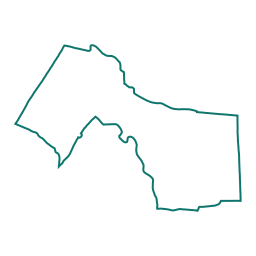 the district of Kebemer, Louga, Senegal
{"feature_id": "50182788B60047071387499", "entity_name": "Kebemer", "entity_type": "district", "adm_level": 2, "iso_a3": "SEN", "parent_name": "Senegal", "parent_adm1": "Louga", "projection": "albers", "projection_center": [-16.284, 15.311], "detail": "fine", "context": "isolated", "style": "outline", "palette": "teal", "viewbox_px": 256, "rotation_deg": 0, "n_neighbors": 0, "source": "geoboundaries", "source_scale": "gbopen_adm2", "svg_char_len": 5059}
<svg xmlns="http://www.w3.org/2000/svg" viewBox="0 0 256 256"><path d="M175.7,209.9L175.8,209.9L177.8,209.4L180.0,209.0L181.4,209.2L188.1,209.7L191.4,210.0L194.0,210.2L195.9,210.4L197.1,210.4L197.3,210.8L197.5,210.7L197.8,210.1L198.0,209.7L198.2,209.3L198.4,208.9L198.5,208.5L198.7,208.1L198.8,207.7L198.9,207.4L199.0,207.2L199.4,206.9L199.6,206.8L200.0,206.8L201.0,206.9L201.8,206.9L202.5,206.9L203.1,206.9L203.8,206.7L205.1,206.7L206.3,206.5L207.3,206.4L208.5,206.3L209.5,206.2L210.9,206.0L211.8,205.9L213.0,205.8L213.8,205.8L214.2,205.7L214.8,205.6L215.5,205.4L216.2,205.2L216.9,205.0L217.5,204.6L218.2,204.4L218.6,204.2L219.0,203.9L219.4,203.5L219.8,203.0L220.1,202.5L220.5,201.9L221.0,201.1L221.0,200.9L224.3,200.9L227.7,200.9L231.1,200.9L234.5,200.8L237.9,200.8L240.6,200.9L240.6,198.6L240.5,196.3L240.5,194.0L240.3,190.6L240.2,187.0L240.1,182.7L239.9,178.4L239.8,174.1L239.6,172.5L239.6,170.2L239.4,166.1L239.3,163.4L239.2,160.3L239.2,160.0L239.1,156.1L239.0,154.0L238.6,150.2L238.4,146.4L238.2,144.1L238.2,143.6L238.1,143.2L237.9,139.9L237.8,137.3L237.7,134.7L237.6,133.8L237.6,132.0L237.5,131.4L237.6,129.3L237.6,124.8L237.5,124.3L237.5,121.4L237.5,118.5L237.5,115.6L234.1,115.3L230.7,115.0L227.3,114.7L223.9,114.4L220.6,114.2L217.2,113.9L213.8,113.6L210.4,113.3L207.1,113.0L203.6,112.7L203.3,112.6L202.9,112.6L196.9,112.1L196.9,111.3L195.0,110.7L192.9,110.1L189.0,109.3L187.9,109.3L185.7,109.2L182.3,109.2L181.1,109.2L180.0,109.3L179.4,109.3L178.3,109.3L175.9,109.1L174.1,108.9L172.2,108.4L170.8,108.0L168.0,106.6L165.0,105.1L162.9,103.9L161.2,103.3L159.0,103.1L157.7,103.3L155.3,103.0L153.4,102.7L151.1,102.2L149.7,101.7L146.4,100.3L141.8,97.9L140.2,97.0L138.8,96.2L136.8,95.0L135.3,94.1L134.1,93.0L134.0,91.9L134.0,90.3L134.0,89.0L133.2,88.0L132.3,87.4L131.8,87.4L130.5,87.3L129.2,87.3L128.4,86.6L126.8,85.5L125.8,84.4L125.7,84.3L125.6,84.2L124.7,84.0L124.3,83.7L124.4,81.1L124.1,80.1L124.1,76.6L124.0,73.0L123.7,71.9L123.0,71.7L121.2,70.4L120.8,70.1L120.4,69.1L120.5,65.7L120.1,63.6L120.1,63.3L120.0,63.2L119.5,62.0L119.1,61.8L117.9,60.5L116.5,58.9L114.8,57.3L113.0,56.5L111.8,56.0L110.6,56.0L108.6,55.9L107.7,55.9L107.3,55.8L106.5,55.6L106.3,55.5L104.7,54.7L103.6,53.9L102.5,53.5L101.4,52.1L100.6,51.3L98.3,48.9L96.3,46.9L94.5,45.8L93.0,45.3L92.0,45.2L91.1,45.4L90.7,45.9L90.5,46.7L90.6,48.0L90.6,49.0L90.4,50.1L89.6,50.7L89.0,50.9L88.0,50.9L86.6,50.5L84.3,50.0L81.9,49.5L79.6,48.9L75.3,48.1L70.2,46.6L64.4,45.5L64.2,45.8L63.4,47.0L62.6,48.5L61.7,50.4L60.6,52.1L59.4,53.9L58.6,55.5L58.1,56.3L57.3,57.4L56.0,59.5L54.7,61.3L53.5,63.5L52.8,64.4L52.1,65.7L51.4,66.8L50.4,68.2L49.5,69.7L48.9,70.7L47.8,72.3L46.7,73.8L45.7,75.6L44.4,77.6L42.1,81.2L40.7,83.2L39.2,85.3L38.2,86.8L36.9,88.6L34.9,91.5L33.9,92.9L33.9,93.0L33.7,93.2L32.9,94.7L31.9,96.2L31.0,97.5L30.0,98.9L28.9,100.5L28.0,102.0L27.1,103.8L26.4,105.3L25.1,107.6L24.1,109.4L22.5,112.3L21.3,114.2L20.4,115.8L19.0,118.2L18.0,120.0L16.7,122.0L15.4,123.9L19.0,125.4L22.7,127.0L26.4,128.5L30.0,130.0L30.8,130.8L33.4,131.9L36.4,132.7L37.6,134.0L38.3,135.4L39.3,136.5L40.4,137.3L42.0,138.1L43.0,138.8L46.9,143.0L47.4,143.4L48.7,144.3L50.8,146.0L53.3,147.6L54.5,148.1L55.4,151.3L55.6,152.0L56.4,152.6L57.9,153.4L58.2,153.8L59.0,155.2L59.5,157.5L59.5,159.6L59.3,161.3L58.9,166.5L60.1,165.2L62.2,163.4L62.9,162.2L63.6,160.8L64.8,159.7L66.2,158.3L67.5,157.1L69.0,155.3L70.0,153.7L70.9,151.7L72.1,149.1L73.7,145.5L75.2,142.8L76.5,140.3L77.7,138.3L78.2,137.3L79.4,137.7L80.7,137.1L81.4,136.2L81.5,136.0L81.6,135.7L81.8,135.2L81.7,134.0L80.9,133.5L81.6,132.3L82.2,131.5L83.0,130.2L83.7,129.3L84.2,128.4L85.2,127.5L86.0,126.7L86.8,125.4L88.1,124.2L89.2,123.0L92.2,119.6L93.1,118.9L94.0,118.2L94.3,117.9L95.0,117.1L95.2,116.9L95.4,116.7L96.3,117.3L96.7,117.6L97.3,118.2L98.7,119.4L99.7,120.6L100.5,121.6L102.0,123.3L103.4,124.6L105.9,124.4L107.8,124.4L112.5,124.2L116.1,124.2L118.0,125.4L118.9,126.5L119.9,127.7L121.1,129.6L121.5,130.8L121.9,132.0L121.3,133.6L120.4,134.9L119.4,135.6L119.3,137.3L120.1,138.3L120.8,139.0L122.0,140.2L122.9,141.1L123.9,141.8L124.5,142.2L125.8,142.3L126.6,142.2L127.1,141.7L127.4,140.9L127.6,138.6L128.2,137.3L129.2,136.8L130.5,136.7L131.1,136.8L131.7,137.0L133.7,138.4L134.6,139.7L135.4,140.9L136.1,142.7L136.5,143.9L136.8,145.2L136.6,146.3L136.4,147.9L136.3,148.7L136.2,150.3L136.4,151.6L136.6,152.8L136.8,153.9L137.4,155.2L138.2,156.3L139.0,157.5L140.2,158.9L140.8,159.7L141.5,160.8L141.9,161.5L142.0,161.7L142.2,162.1L142.8,163.5L143.2,164.0L143.5,164.8L143.6,166.3L143.5,167.0L143.4,168.5L143.3,169.8L143.4,170.7L143.7,171.3L143.8,171.4L144.4,172.4L144.9,172.7L145.4,173.1L146.7,173.9L148.9,175.3L149.8,175.8L151.1,177.0L152.2,178.1L152.8,178.9L153.1,180.5L152.8,183.7L152.8,184.5L152.8,185.7L152.7,187.8L153.0,189.5L153.5,191.4L154.4,193.7L154.7,195.1L155.2,195.9L155.8,196.8L156.2,197.7L156.5,198.6L156.7,199.7L156.7,200.5L157.2,203.8L157.4,205.2L157.4,205.8L157.2,206.4L157.1,207.9L157.3,208.8L158.5,208.7L160.6,208.6L161.7,208.7L165.9,209.1L168.4,209.5L168.8,209.6L170.9,210.1L172.2,210.4L174.3,210.3L175.7,209.9Z" fill="none" stroke="#0f766e" stroke-width="2"/></svg>